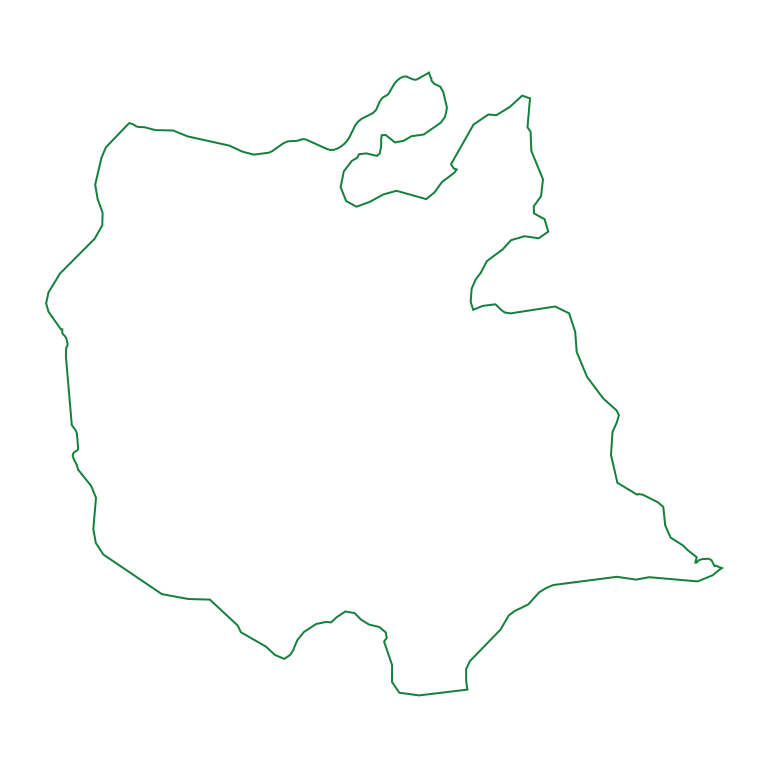 the border of East Azarbaijan
{"feature_id": "IRN-3238", "entity_name": "East Azarbaijan", "entity_type": "Province", "adm_level": 1, "iso_a3": "IRN", "parent_name": "Iran", "parent_adm1": "", "projection": "albers", "projection_center": [46.749, 37.961], "detail": "fine", "context": "isolated", "style": "outline", "palette": "green", "viewbox_px": 768, "rotation_deg": 0, "n_neighbors": 0, "source": "natural_earth", "source_scale": "10m", "svg_char_len": 2939}
<svg xmlns="http://www.w3.org/2000/svg" viewBox="0 0 768 768"><path d="M303.7,139.1L306.4,139.7L326.9,149.0L330.5,150.0L334.0,149.8L338.3,148.1L341.5,146.1L344.6,143.6L347.3,140.5L349.6,136.9L355.2,125.4L357.8,121.9L361.4,118.9L372.9,113.1L376.1,109.9L379.4,102.2L381.8,98.5L383.3,97.2L386.6,95.4L388.2,94.2L389.3,92.6L394.3,83.8L397.0,80.7L400.0,78.2L403.3,76.6L406.4,76.5L411.9,79.0L414.9,79.8L417.2,79.3L429.0,72.6L430.6,77.6L431.3,78.1L431.5,80.7L434.3,83.8L440.3,86.7L443.2,91.9L446.9,107.4L446.2,112.4L444.9,117.0L440.9,122.6L423.8,134.5L411.5,136.2L403.6,140.8L394.9,142.4L385.7,135.0L381.7,135.2L381.2,139.1L381.1,146.5L379.7,153.5L377.0,155.9L366.4,153.4L359.1,154.2L357.1,157.8L351.8,160.9L343.8,171.4L340.6,187.2L346.2,201.1L356.4,206.7L369.9,201.8L383.5,194.4L396.5,190.8L426.2,199.1L434.5,192.4L441.9,182.1L454.3,172.7L456.7,169.5L453.7,168.4L451.0,164.3L473.5,124.6L488.3,114.5L496.3,115.2L509.6,107.1L522.2,95.6L530.0,98.4L527.5,127.3L530.6,131.7L531.3,150.8L543.0,179.4L541.0,196.3L533.8,206.3L534.0,213.4L544.5,219.2L548.3,231.6L538.7,238.3L524.5,236.2L511.0,240.2L502.7,249.3L486.9,261.1L480.7,272.9L475.6,279.6L471.6,288.8L470.7,301.9L473.2,309.8L482.7,305.9L495.4,304.3L501.8,310.4L504.6,312.4L510.4,313.4L555.1,306.5L569.1,313.3L575.2,331.8L576.7,352.0L587.1,377.0L603.2,398.4L616.7,410.6L618.9,415.2L616.9,422.2L612.5,432.0L611.0,455.1L617.4,482.8L637.2,494.7L638.4,494.0L643.0,494.8L657.9,502.3L663.3,506.9L665.2,525.3L670.6,537.6L683.2,545.6L687.5,550.0L696.8,557.3L696.3,558.7L695.4,562.6L696.9,562.5L698.7,560.3L701.7,559.2L708.6,558.7L711.5,560.2L714.5,566.0L716.3,565.7L719.1,567.1L721.9,568.1L719.6,569.5L712.6,575.3L697.7,581.4L649.2,577.2L636.1,579.6L616.9,576.8L553.3,585.0L546.2,588.0L539.2,592.3L528.3,604.4L514.9,610.9L508.9,615.3L500.5,629.6L469.9,661.1L466.1,669.1L466.2,681.4L467.4,689.6L419.1,695.4L399.3,692.7L392.0,682.0L392.1,665.1L384.1,641.6L386.7,637.8L385.8,632.5L379.4,627.0L369.1,624.6L361.0,619.6L354.6,613.1L345.3,611.5L336.7,617.2L331.1,622.4L326.2,621.9L316.2,624.0L304.0,631.9L297.3,640.2L294.3,647.3L293.6,649.5L290.3,654.8L284.3,658.9L274.8,654.9L266.1,646.7L241.0,632.3L237.6,625.4L209.8,599.6L188.1,599.0L161.8,594.1L103.3,554.5L95.8,542.9L93.3,529.2L96.0,497.7L91.2,486.0L78.0,469.5L76.8,464.9L74.1,459.8L72.6,455.8L73.5,452.9L75.4,451.4L77.3,450.3L78.2,449.0L76.9,433.7L76.6,432.6L75.8,430.6L71.8,425.1L65.9,356.5L66.2,348.0L66.8,346.7L67.6,345.5L67.4,342.7L66.2,338.2L64.9,336.1L63.4,334.7L62.2,332.8L62.3,329.3L60.9,329.3L48.6,311.9L46.1,303.4L48.5,292.4L60.0,273.5L94.7,238.7L102.3,225.3L102.6,212.7L97.7,199.3L95.2,184.7L101.4,157.9L105.9,147.3L128.0,124.3L129.3,123.1L132.4,124.0L136.4,126.4L137.3,126.6L138.8,127.0L144.3,127.2L155.5,130.1L173.1,130.5L183.2,134.6L187.7,136.4L229.3,145.6L242.3,151.6L253.7,154.6L255.7,154.4L268.9,152.7L272.3,151.1L282.7,143.7L286.5,141.8L289.1,141.2L296.8,140.9L301.6,139.4L303.7,139.1Z" fill="none" stroke="#15803d" stroke-width="2"/></svg>